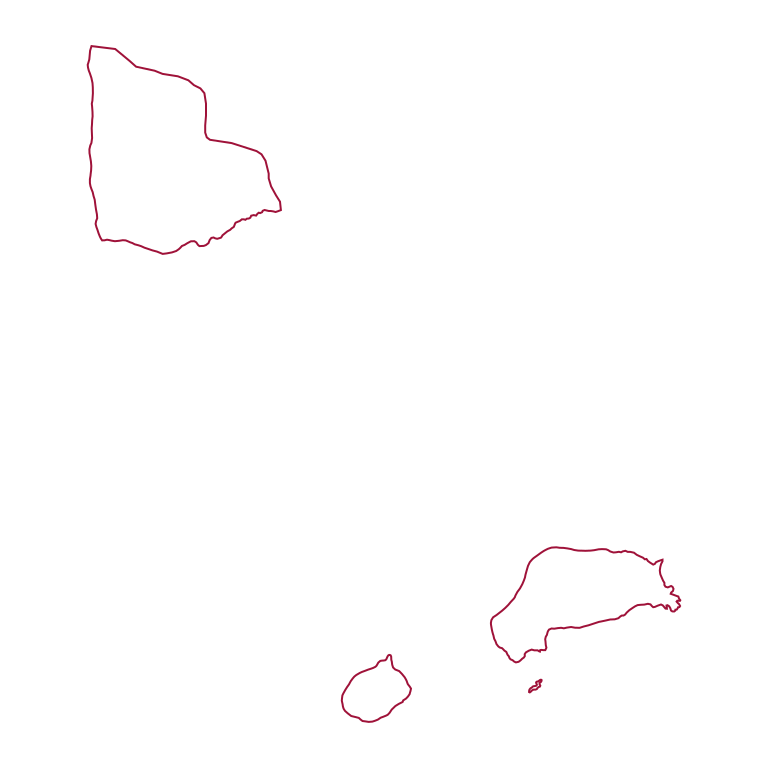 outline of Tongariki, Shefa, Vanuatu
{"feature_id": "77236927B69606331838756", "entity_name": "Tongariki", "entity_type": "district", "adm_level": 2, "iso_a3": "VUT", "parent_name": "Vanuatu", "parent_adm1": "Shefa", "projection": "orthographic", "projection_center": [168.594, -16.963], "detail": "fine", "context": "isolated", "style": "outline", "palette": "rose", "viewbox_px": 768, "rotation_deg": 0, "n_neighbors": 0, "source": "geoboundaries", "source_scale": "gbopen_adm2", "svg_char_len": 5941}
<svg xmlns="http://www.w3.org/2000/svg" viewBox="0 0 768 768"><path d="M91.5,46.1L90.1,50.7L89.6,56.2L89.3,59.4L88.4,62.6L87.7,64.8L88.0,67.5L88.8,70.6L89.9,73.4L91.4,77.9L92.5,83.0L92.6,84.4L92.8,87.3L92.9,93.3L92.4,100.7L91.8,103.7L92.1,106.5L92.5,112.0L92.6,116.4L92.2,119.8L92.0,124.2L91.7,128.2L91.9,133.4L92.1,138.0L91.4,143.0L90.3,145.4L89.4,149.3L89.5,153.2L89.8,154.8L90.2,157.2L90.9,161.3L91.3,166.0L91.1,170.4L90.6,174.4L90.5,175.6L89.9,179.2L89.9,183.1L90.5,186.3L91.5,189.2L92.7,192.2L93.6,196.2L94.7,199.7L95.3,204.6L96.0,209.5L96.9,214.2L97.1,216.6L97.2,218.3L96.7,219.5L96.1,221.1L95.6,223.9L96.4,227.0L97.4,229.7L97.7,230.6L98.6,233.4L99.9,236.6L100.8,238.4L102.1,240.4L104.6,240.3L107.0,239.7L109.3,240.1L111.8,240.7L114.9,241.2L119.1,240.8L122.8,240.2L125.7,240.4L127.7,241.2L130.4,242.4L132.3,243.0L134.7,244.3L138.5,245.3L141.2,246.2L144.5,247.7L149.0,249.2L152.5,250.4L157.0,251.6L160.2,252.9L162.7,253.9L166.7,253.4L172.0,252.4L176.2,251.0L178.8,249.2L180.2,247.9L181.3,246.7L181.9,246.0L184.6,244.9L187.3,243.2L190.3,241.6L190.9,241.3L194.4,241.2L196.3,242.4L196.5,242.7L197.9,244.8L199.4,246.1L203.7,245.9L205.9,245.1L208.5,243.1L209.7,240.0L211.4,237.9L213.6,237.5L215.1,238.3L217.2,238.8L220.9,237.7L221.7,236.7L222.5,235.3L227.3,231.4L230.2,229.8L231.6,228.4L233.8,226.9L234.6,224.9L234.8,224.2L235.6,222.7L237.7,221.8L239.8,221.0L241.9,219.3L243.8,219.3L245.4,219.8L246.8,218.7L248.9,218.5L250.3,217.7L251.2,215.7L253.7,215.1L256.1,215.6L257.5,213.7L258.8,212.7L260.1,213.1L262.1,212.2L262.7,210.8L264.6,210.0L266.7,210.5L268.8,211.0L270.8,211.0L273.3,211.4L275.6,212.0L278.0,211.2L280.9,210.1L280.0,201.7L276.0,195.3L271.1,186.4L268.7,178.4L268.7,173.6L265.5,160.7L261.5,154.3L256.6,151.1L231.7,143.1L210.0,139.8L206.8,137.4L205.2,132.6L205.2,125.4L206.0,115.7L206.0,103.6L204.4,93.2L200.4,88.4L194.0,85.2L188.4,80.3L177.9,76.3L162.6,73.9L154.6,70.7L136.1,66.7L129.7,61.0L115.2,49.0L91.5,46.1ZM578.7,627.8L579.7,627.8L583.7,626.5L588.5,625.3L594.0,623.5L598.9,621.9L601.0,621.5L605.3,620.6L610.2,619.5L614.8,619.3L618.4,618.2L620.4,616.4L621.9,615.5L623.6,615.5L625.1,614.6L626.7,612.6L629.3,610.2L632.5,608.0L635.1,606.3L637.6,605.1L640.6,604.8L644.3,604.6L647.9,603.8L650.5,604.4L651.8,606.0L653.2,607.2L654.9,606.9L657.6,605.7L661.0,604.5L662.8,605.4L664.5,607.4L665.5,608.6L666.9,608.7L666.8,607.4L666.5,605.5L667.5,605.2L669.2,606.3L670.3,608.2L671.0,610.5L672.3,611.4L674.1,611.5L675.2,610.7L675.4,609.7L676.7,609.6L676.8,609.5L677.7,608.2L678.0,607.3L679.4,607.1L680.1,606.0L679.1,604.2L677.8,603.0L676.6,601.6L677.3,600.7L680.0,600.8L680.3,600.2L679.1,598.7L678.3,596.5L677.0,596.1L673.0,594.6L670.7,593.8L671.1,592.6L673.0,590.9L673.5,588.8L672.5,586.8L671.1,586.0L667.8,587.4L665.5,586.7L664.4,585.0L664.4,582.8L663.1,580.7L661.9,578.0L660.4,574.5L660.1,573.0L659.8,570.4L660.3,566.9L661.1,564.0L662.5,561.3L662.5,559.7L661.2,560.1L658.2,561.2L656.0,562.2L654.8,563.9L653.2,564.6L649.9,562.5L647.9,561.0L646.5,559.0L644.8,559.3L643.0,557.7L639.6,556.2L636.7,554.8L634.0,552.7L630.4,551.9L627.8,551.9L625.4,550.8L622.7,551.4L621.1,552.3L618.9,551.8L616.0,552.3L613.5,552.5L610.3,551.5L608.1,550.1L606.1,549.3L602.2,549.1L598.7,549.3L594.1,550.2L590.6,550.6L585.5,550.8L582.3,550.7L578.2,550.6L574.2,550.0L571.2,549.1L567.3,548.4L563.5,547.9L560.1,547.8L559.8,547.8L556.4,547.3L551.5,547.6L547.9,548.8L545.5,550.0L543.7,551.0L541.1,552.7L536.7,555.9L534.0,557.8L532.8,558.8L531.5,560.2L529.8,562.2L528.0,565.9L526.8,570.0L525.6,574.3L525.4,575.2L525.0,577.4L523.8,580.7L522.3,584.2L520.0,588.4L519.2,589.5L517.4,591.9L515.4,595.6L515.0,596.8L514.9,597.1L513.8,598.7L513.6,598.9L510.8,601.9L508.3,604.9L505.3,607.9L502.1,610.7L496.6,615.0L493.1,617.3L491.4,620.1L491.0,622.3L490.9,623.0L491.0,624.7L491.4,627.0L491.8,629.3L492.4,632.0L493.0,634.2L493.4,635.3L493.7,636.7L494.2,638.8L495.5,641.3L496.5,644.1L498.3,646.4L499.7,647.5L502.1,648.2L502.2,648.3L503.3,649.4L504.4,650.6L506.3,651.9L507.2,654.0L507.7,655.0L508.8,656.2L509.4,657.9L510.5,659.3L512.6,660.2L514.2,661.6L515.9,662.4L518.6,661.8L520.0,660.8L520.8,660.1L522.1,658.8L523.9,657.5L524.8,656.1L524.7,654.2L525.9,652.4L528.8,650.7L531.7,649.6L534.2,650.3L537.6,650.3L538.9,651.2L539.9,651.6L540.2,650.1L541.2,649.9L543.1,650.1L545.3,650.1L546.1,648.4L546.4,647.7L545.8,645.2L545.5,641.6L545.2,639.2L545.8,636.7L546.9,634.9L547.5,632.5L547.9,631.3L548.3,630.7L549.0,629.6L551.5,628.5L554.3,628.7L557.9,628.1L561.1,627.8L563.9,628.3L566.9,627.6L571.1,627.0L575.0,627.7L578.7,627.8ZM380.9,717.6L382.9,716.9L385.9,715.7L387.7,714.8L389.6,712.8L391.7,709.6L395.4,706.0L398.8,703.9L402.6,702.0L403.2,700.4L406.0,698.6L407.9,696.6L409.6,694.2L410.1,692.2L410.4,691.4L411.0,688.6L409.6,686.4L408.4,684.9L407.7,683.9L406.6,680.8L405.9,679.4L404.7,677.3L402.0,674.0L399.2,671.1L395.2,669.5L393.1,667.5L392.2,664.7L391.8,661.6L391.3,659.8L391.2,657.0L391.1,656.3L390.5,655.2L389.2,654.9L388.3,655.4L387.7,656.2L387.4,656.8L386.4,659.1L385.4,660.2L383.8,660.5L382.1,660.6L380.3,660.9L378.3,662.6L377.2,664.6L376.4,665.9L375.4,666.8L373.2,667.9L371.3,668.6L368.2,669.6L365.1,670.8L361.8,672.0L359.7,673.0L356.3,675.0L354.3,676.6L352.6,678.6L351.9,679.6L350.9,680.9L350.1,682.3L349.0,684.4L347.2,686.9L345.3,689.9L343.3,693.5L342.4,695.4L342.0,698.4L341.8,700.7L342.6,704.3L342.9,706.4L343.6,708.7L345.0,710.9L347.7,713.3L351.2,716.0L355.7,717.1L358.8,717.9L360.3,719.3L362.5,721.0L365.5,721.4L368.7,721.9L372.4,721.6L374.9,720.8L377.9,719.6L379.8,718.3L380.9,717.6ZM535.2,686.0L533.7,686.2L532.6,686.6L531.9,687.6L530.6,688.2L529.5,689.5L529.1,691.0L529.1,692.1L529.8,692.4L531.0,691.5L532.1,690.3L533.6,689.6L535.6,689.6L536.8,689.1L537.5,688.0L538.7,687.0L539.9,686.6L540.3,685.7L539.5,684.0L539.6,682.9L540.8,682.1L541.5,681.0L541.6,680.5L541.5,679.9L540.9,679.7L540.0,680.0L539.1,680.7L538.6,681.1L537.9,681.5L537.1,681.5L536.1,682.3L536.1,682.8L536.5,683.7L536.9,684.8L536.3,685.7L535.2,686.0Z" fill="none" stroke="#9f1239" stroke-width="2"/></svg>